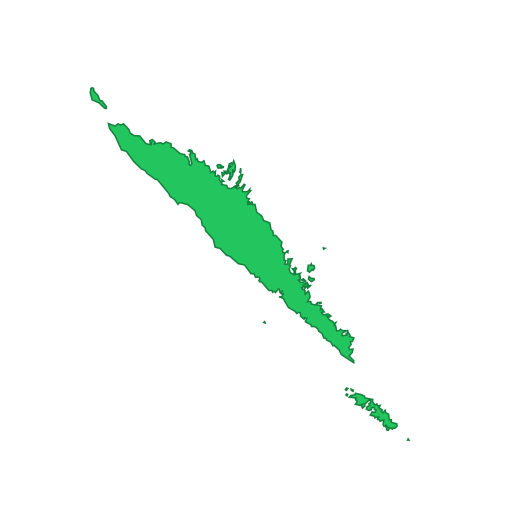 Kepulauan Yapen, Papua, Indonesia (Robinson projection), rotated 216°
{"feature_id": "22746128B96094928872069", "entity_name": "Kepulauan Yapen", "entity_type": "district", "adm_level": 2, "iso_a3": "IDN", "parent_name": "Indonesia", "parent_adm1": "Papua", "projection": "robinson", "projection_center": [135.942, -1.72], "detail": "fine", "context": "isolated", "style": "filled", "palette": "green", "viewbox_px": 512, "rotation_deg": 216, "n_neighbors": 0, "source": "geoboundaries", "source_scale": "gbopen_adm2", "svg_char_len": 6113}
<svg xmlns="http://www.w3.org/2000/svg" viewBox="0 0 512 512"><g transform="rotate(216 256 256)"><path d="M129.0,226.4L114.2,227.1L115.4,228.7L121.8,229.9L121.5,234.8L122.9,237.7L125.4,235.2L127.2,236.6L127.0,240.3L129.3,242.1L127.8,243.5L128.7,247.3L132.9,245.8L133.2,247.1L137.6,248.9L136.2,245.9L137.3,246.0L136.6,244.7L139.5,242.2L141.0,244.0L138.8,248.9L141.9,246.6L144.7,246.4L144.6,244.8L146.7,242.7L150.5,246.3L151.7,245.7L152.3,249.1L153.2,247.2L155.6,248.2L159.0,247.5L163.3,249.0L160.6,249.9L160.1,251.5L163.7,251.5L166.5,248.3L168.9,248.3L170.0,248.9L167.8,250.9L171.3,252.1L172.3,250.3L173.8,254.1L177.6,252.2L178.8,254.0L179.4,251.2L183.0,249.7L185.0,251.4L187.3,249.3L188.1,254.7L191.8,257.9L193.1,258.3L193.8,254.1L196.2,256.9L199.3,256.4L199.2,257.5L200.3,257.4L199.7,258.6L200.7,259.9L198.8,260.1L197.4,258.5L197.4,262.1L195.3,260.3L194.2,264.9L195.6,262.9L199.0,264.5L199.8,262.0L202.5,262.7L204.1,260.9L207.5,261.3L207.0,263.9L208.0,265.2L209.4,264.6L208.5,265.7L209.8,266.3L209.9,268.2L213.1,264.3L215.8,267.7L215.9,269.7L217.4,269.9L217.6,267.9L219.1,267.1L216.2,266.0L214.4,263.3L218.4,262.7L221.5,265.0L222.4,268.6L223.6,268.5L225.2,275.0L228.4,272.3L225.4,268.0L228.0,266.4L229.1,269.9L230.8,269.2L233.7,273.1L234.3,276.0L236.3,274.5L238.2,276.5L237.8,277.4L241.5,278.6L243.1,282.4L252.1,284.2L253.8,283.0L257.0,286.0L259.3,286.1L264.3,290.9L270.7,289.2L274.9,291.8L281.1,291.8L287.2,297.2L289.2,295.3L290.6,295.8L292.1,293.4L290.0,296.7L291.2,297.4L293.0,292.2L293.0,293.9L294.8,294.5L293.0,294.8L293.2,296.0L294.6,295.3L295.1,298.4L297.5,297.3L299.2,299.2L298.7,305.8L299.7,305.1L300.3,306.3L300.8,302.8L304.7,300.2L305.8,301.2L306.8,307.2L307.8,307.1L308.2,302.0L309.8,301.8L310.6,299.4L314.2,299.2L315.9,295.8L319.1,294.2L321.0,295.9L325.9,293.6L326.3,295.0L330.1,295.7L332.3,299.2L334.4,298.9L334.4,297.4L336.2,296.8L338.5,300.7L338.8,298.7L340.6,299.5L341.6,296.9L347.0,301.0L350.1,299.5L354.1,302.5L354.9,299.8L358.7,298.4L360.6,300.1L361.3,298.6L365.4,302.6L367.7,302.1L369.9,303.6L372.2,302.9L372.5,301.1L370.3,301.8L368.6,300.0L369.5,299.1L362.2,293.0L362.2,290.8L364.0,290.7L364.8,292.6L369.7,295.9L371.8,294.9L373.3,296.2L377.4,294.2L386.0,295.0L388.5,294.1L390.7,296.9L395.8,295.4L396.9,292.2L399.9,291.5L404.2,286.8L404.5,288.8L408.5,289.2L409.7,286.8L407.7,284.9L407.2,286.1L406.3,284.2L411.1,282.2L420.7,284.8L425.0,281.9L430.0,281.4L433.1,283.6L440.9,285.1L442.3,282.5L445.4,281.8L446.4,278.3L453.3,276.4L449.4,273.1L440.6,270.4L427.1,262.7L422.5,264.5L410.5,260.6L400.1,259.1L395.9,259.9L392.6,258.8L382.2,258.9L380.9,259.9L363.2,255.3L360.8,253.7L355.2,253.9L349.4,251.9L349.4,253.7L347.7,255.1L341.1,257.5L331.8,256.7L327.8,253.8L321.8,253.3L317.5,249.2L313.9,249.1L311.7,246.8L300.4,244.4L294.2,239.1L289.6,241.0L280.3,239.2L277.3,240.4L265.7,239.4L259.9,242.0L249.5,238.7L247.2,240.5L243.9,238.5L241.1,240.7L239.3,239.8L239.4,237.9L237.7,237.3L236.2,238.3L225.1,235.7L222.9,237.5L221.2,236.4L220.5,238.2L218.7,238.0L218.6,242.3L217.7,242.8L215.3,240.7L214.1,242.8L213.7,240.3L210.8,241.6L212.0,240.5L210.9,238.2L213.4,236.6L209.1,237.7L199.5,233.4L191.8,234.2L189.2,233.4L188.5,235.4L186.4,235.9L184.6,233.5L180.0,233.1L180.7,235.0L179.9,234.2L178.3,235.5L177.4,231.8L171.6,232.7L169.6,231.6L166.7,233.5L162.7,233.3L161.1,232.0L156.8,232.1L152.9,229.4L150.9,230.5L149.6,229.5L144.9,230.3L141.0,228.5L140.1,229.6L133.4,228.8L129.0,226.4ZM48.2,192.1L46.5,192.7L46.7,195.8L43.8,196.1L43.9,197.4L42.5,198.2L41.8,201.2L43.4,203.0L48.8,201.0L50.3,203.2L51.9,201.9L55.7,205.9L59.2,205.6L60.9,207.1L61.2,203.7L63.3,204.1L63.3,205.7L67.2,205.4L67.7,208.1L69.3,206.3L71.3,207.4L71.8,205.8L73.3,205.7L76.1,206.5L77.2,208.6L84.4,205.2L85.9,206.4L88.9,205.9L94.9,203.4L94.5,201.6L97.3,199.1L97.6,196.6L91.6,199.9L91.2,198.4L88.3,197.6L88.5,194.4L84.4,196.2L82.6,198.6L82.6,196.6L80.4,195.5L79.7,198.8L80.9,199.9L79.9,205.6L78.6,206.5L77.2,204.6L77.9,202.7L75.9,201.9L77.6,199.4L76.8,196.9L73.7,197.4L72.2,199.5L73.4,201.1L71.4,203.0L69.9,201.4L68.2,202.0L67.9,200.8L68.1,199.2L70.4,198.2L70.0,194.4L65.8,196.0L64.7,194.9L62.3,198.0L61.6,195.2L59.7,196.2L58.5,195.2L56.2,198.5L54.2,194.4L52.5,193.5L51.4,195.3L50.8,194.1L50.2,195.1L48.6,195.0L49.5,193.9L48.2,192.1ZM480.4,286.0L473.1,287.6L465.0,286.6L463.8,287.5L464.8,288.9L471.9,291.0L473.4,289.9L478.1,292.9L484.0,294.2L486.1,296.2L487.6,295.7L488.0,294.5L486.0,290.6L480.4,286.0ZM324.2,305.3L322.8,304.8L321.9,306.1L322.7,308.7L325.9,312.3L323.1,311.0L323.2,312.9L326.0,317.2L330.0,319.9L329.0,316.3L330.7,316.8L331.8,314.7L330.6,312.1L330.0,313.8L328.8,313.6L330.0,310.3L329.4,308.0L328.5,308.8L328.3,308.2L329.3,305.2L328.0,305.1L326.6,307.9L325.5,307.1L325.7,308.9L324.2,305.3ZM205.6,274.2L203.2,274.3L202.5,278.0L201.4,277.9L201.4,280.6L203.6,282.4L205.4,281.2L206.7,282.2L206.5,280.5L208.3,279.2L205.6,274.2ZM312.3,301.0L312.1,300.0L311.4,302.9L312.7,303.8L312.3,306.4L314.6,314.0L316.0,312.6L316.3,309.7L314.2,307.6L314.9,303.3L312.7,302.7L314.0,300.4L312.3,301.0ZM338.5,304.8L335.0,307.3L337.0,306.7L337.0,307.8L335.4,307.8L335.7,308.6L338.8,308.9L340.6,307.3L340.7,306.2L338.5,304.8ZM199.9,268.0L196.0,267.8L194.9,271.1L196.0,271.9L198.0,270.4L201.0,270.6L199.9,268.0ZM332.7,303.4L329.9,300.6L329.5,304.7L332.7,303.4ZM205.5,263.0L202.9,264.5L200.8,264.1L200.9,265.0L204.4,265.3L205.5,263.0ZM323.2,301.8L321.8,301.9L321.9,304.3L323.9,304.3L323.2,301.8ZM105.1,202.5L105.1,200.3L103.9,200.4L103.7,202.9L105.1,202.5ZM98.0,203.4L98.3,204.7L100.9,204.1L100.2,203.5L98.0,203.4ZM210.7,206.8L208.5,207.2L210.6,207.9L210.7,206.8ZM101.2,196.2L100.0,196.5L100.5,198.0L101.8,197.5L101.2,196.2ZM326.1,297.5L328.7,297.6L327.4,296.5L326.1,297.5ZM233.8,277.1L232.2,277.5L233.1,279.1L233.9,278.2L233.8,277.1ZM176.8,254.7L175.6,256.0L176.1,256.7L178.0,255.2L176.8,254.7ZM204.7,302.8L206.3,302.1L205.3,301.3L204.7,302.8ZM331.7,305.9L329.9,305.1L329.6,305.8L330.6,306.6L331.7,305.9ZM25.4,197.4L25.1,196.1L24.0,196.9L25.4,197.4ZM318.7,314.4L317.1,314.0L318.8,316.1L318.7,314.4ZM319.6,316.8L318.9,316.7L320.1,318.1L319.6,316.8ZM334.5,308.5L335.1,309.6L334.7,307.8L334.5,308.5Z" fill="#22c55e" stroke="#15803d" stroke-width="1.5"/></g></svg>